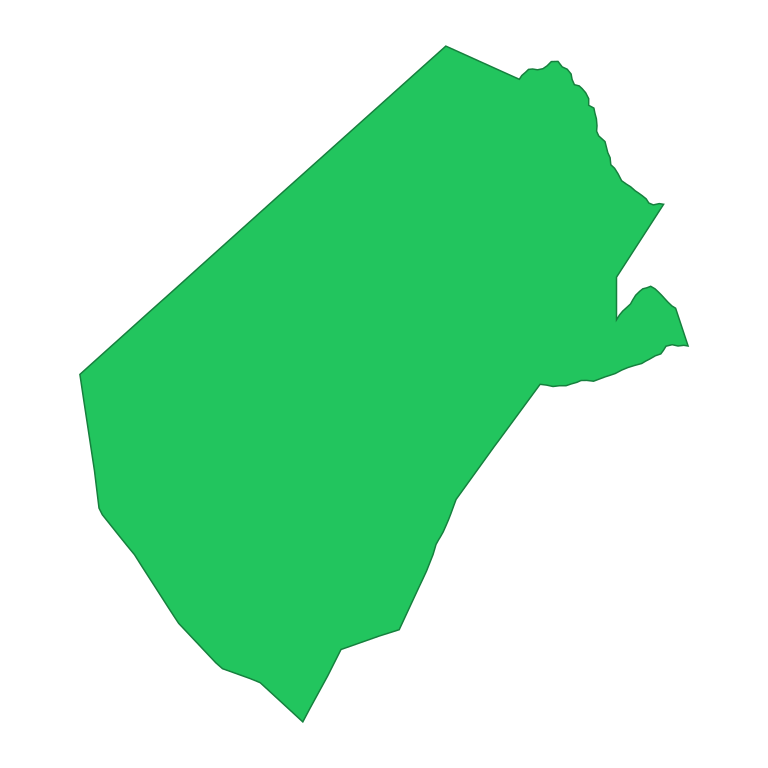 the district of Jussara, Bahia, Brazil
{"feature_id": "56859067B73744776090893", "entity_name": "Jussara", "entity_type": "district", "adm_level": 2, "iso_a3": "BRA", "parent_name": "Brazil", "parent_adm1": "Bahia", "projection": "mercator", "projection_center": [-41.786, -10.94], "detail": "fine", "context": "isolated", "style": "filled", "palette": "green", "viewbox_px": 768, "rotation_deg": 0, "n_neighbors": 0, "source": "geoboundaries", "source_scale": "gbopen_adm2", "svg_char_len": 1800}
<svg xmlns="http://www.w3.org/2000/svg" viewBox="0 0 768 768"><path d="M302.8,721.9L309.9,708.5L327.7,675.9L341.0,649.5L379.3,636.0L399.2,629.7L418.8,587.5L422.5,579.7L426.5,571.1L433.0,554.7L434.7,549.0L436.0,544.5L438.3,540.3L440.6,536.5L443.2,531.9L446.3,524.9L448.6,519.5L450.9,513.6L452.9,508.1L454.5,503.7L456.1,499.4L494.4,446.3L498.9,440.3L540.1,384.3L546.6,385.1L553.0,386.5L559.6,385.7L566.1,385.7L571.0,384.0L577.0,382.3L581.0,380.5L586.7,380.4L593.6,381.2L605.0,376.9L609.4,375.5L615.3,373.5L621.7,370.1L628.0,367.5L634.4,365.5L641.7,363.5L645.7,361.1L649.6,359.1L655.3,355.8L660.8,353.9L663.4,350.4L666.0,346.2L672.2,344.7L678.0,346.0L683.8,345.3L688.1,346.0L675.6,308.2L672.0,306.0L667.9,302.1L664.5,298.4L661.5,295.1L658.2,291.8L655.0,288.8L650.7,286.3L646.8,287.8L642.8,288.8L639.7,291.3L635.7,295.2L632.9,299.7L630.5,304.0L626.7,307.5L622.8,311.0L619.5,315.0L616.5,319.8L616.5,277.2L663.6,204.3L659.3,203.6L653.3,204.9L648.8,203.0L646.2,198.9L642.1,195.6L638.5,193.0L635.2,190.8L630.8,186.9L626.2,184.0L621.6,180.7L618.1,173.9L614.6,168.3L610.8,164.7L610.1,157.7L607.8,152.7L606.5,147.5L605.0,141.6L598.7,135.9L596.6,131.2L597.0,125.8L596.4,118.8L594.9,113.1L593.9,108.1L588.7,105.3L588.7,98.7L585.7,92.8L582.2,88.7L579.2,85.9L574.4,84.7L572.1,79.5L571.1,74.0L567.2,69.2L562.2,66.9L558.0,61.4L551.3,61.6L547.0,65.9L542.9,68.7L537.5,69.8L532.6,69.0L528.5,69.4L525.5,72.3L521.8,75.5L519.3,79.3L445.8,46.1L318.5,160.2L312.9,165.2L275.1,199.0L199.3,267.1L171.0,292.6L147.6,313.5L124.6,334.2L104.9,351.9L79.9,374.4L83.8,400.5L94.5,470.9L99.0,508.1L102.3,514.7L111.0,525.6L116.4,532.4L127.1,545.7L134.5,554.7L142.4,567.2L157.2,590.2L168.1,607.2L174.0,616.3L178.7,623.4L215.8,662.8L222.5,668.7L249.4,678.3L260.2,682.7L302.8,721.9Z" fill="#22c55e" stroke="#15803d" stroke-width="1.5"/></svg>